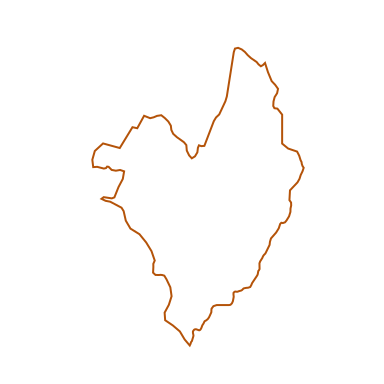 SVG path tracing the border of Iringa, rotated 102°
{"feature_id": "TZA-3386", "entity_name": "Iringa", "entity_type": "Region", "adm_level": 1, "iso_a3": "TZA", "parent_name": "United Republic of Tanzania", "parent_adm1": "", "projection": "albers", "projection_center": [35.62, -7.961], "detail": "fine", "context": "isolated", "style": "outline", "palette": "amber", "viewbox_px": 384, "rotation_deg": 102, "n_neighbors": 0, "source": "natural_earth", "source_scale": "10m", "svg_char_len": 2493}
<svg xmlns="http://www.w3.org/2000/svg" viewBox="0 0 384 384"><g transform="rotate(102 192 192)"><path d="M295.4,134.6L297.5,144.4L299.2,147.3L302.0,148.6L303.3,148.5L305.5,148.1L306.7,148.3L311.1,149.3L313.1,150.2L314.8,151.6L315.7,152.7L316.1,152.9L318.3,153.4L320.3,154.2L322.7,154.5L324.2,154.9L324.9,155.2L325.4,155.6L325.7,156.0L325.8,156.3L325.4,159.4L325.6,160.4L326.3,161.3L328.1,162.1L329.6,161.8L330.9,161.2L332.2,160.7L333.0,160.7L337.8,161.1L339.3,161.8L339.6,161.8L340.6,161.8L342.6,162.3L337.8,168.5L330.9,174.9L326.5,183.0L323.0,191.6L315.7,193.7L307.2,191.2L298.2,190.3L289.7,193.4L282.7,198.8L279.6,201.7L279.5,202.7L279.4,204.0L279.6,205.6L280.1,207.2L280.7,210.5L279.0,213.3L273.4,214.2L270.3,214.9L266.8,214.2L258.3,219.3L250.9,226.3L244.2,234.6L240.6,244.6L233.8,250.8L224.9,254.9L222.0,257.7L218.5,270.0L218.6,274.7L217.5,279.1L215.4,277.3L214.9,269.1L213.4,266.8L202.4,264.9L193.6,262.4L185.9,262.7L185.4,266.9L187.0,270.9L187.1,275.2L184.7,278.8L184.8,280.3L186.5,281.1L187.4,283.1L187.1,290.0L188.2,293.8L181.2,296.2L172.1,295.6L163.0,289.1L164.0,271.8L141.0,263.7L141.0,258.8L127.4,254.7L128.5,248.3L126.9,245.0L124.8,242.0L123.3,238.0L125.3,234.0L128.0,229.8L131.5,226.5L135.6,225.1L139.0,222.5L141.5,218.2L145.0,210.2L147.3,207.3L152.6,205.7L156.8,202.4L159.1,199.2L156.5,196.5L152.1,195.0L147.5,195.4L144.9,194.9L145.2,192.4L144.3,189.5L118.2,185.4L114.1,184.0L110.5,181.5L96.3,178.2L91.3,177.8L46.5,180.2L42.8,179.8L41.4,176.9L42.2,173.0L44.0,169.4L46.6,165.9L48.8,162.1L51.4,155.8L53.3,153.5L54.7,150.8L53.1,149.0L50.6,147.4L59.0,142.6L67.0,137.1L69.9,132.9L73.2,129.3L77.7,129.3L82.0,130.9L86.5,131.1L91.0,130.4L92.9,128.8L92.7,125.8L97.6,119.9L125.9,113.9L129.5,107.0L130.6,97.6L134.2,94.7L138.3,92.4L139.9,91.1L141.8,90.4L143.6,89.3L145.1,87.8L148.8,88.2L152.8,89.2L156.8,89.6L160.6,90.8L170.0,96.5L179.7,95.0L181.7,92.9L184.5,92.2L187.7,92.2L191.0,91.6L195.6,92.0L200.1,93.6L202.3,94.7L203.5,96.7L203.5,98.2L204.9,99.1L209.5,99.6L214.2,101.3L221.0,105.1L224.5,105.4L227.6,105.1L236.0,107.2L237.0,107.5L238.7,108.6L240.2,109.2L241.9,109.5L245.7,110.9L247.7,111.2L253.3,109.9L254.7,110.3L255.4,110.7L256.5,110.7L258.6,110.6L259.9,110.8L268.7,114.3L270.5,114.6L272.8,115.3L273.9,117.1L274.6,119.3L275.5,121.3L275.9,121.7L277.4,122.6L278.1,123.3L279.3,125.6L279.8,126.3L280.2,127.1L280.4,129.0L280.8,129.7L282.0,130.4L283.3,130.2L285.9,129.4L290.3,129.3L292.6,129.8L294.3,130.9L294.9,132.3L295.4,134.6Z" fill="none" stroke="#b45309" stroke-width="2"/></g></svg>